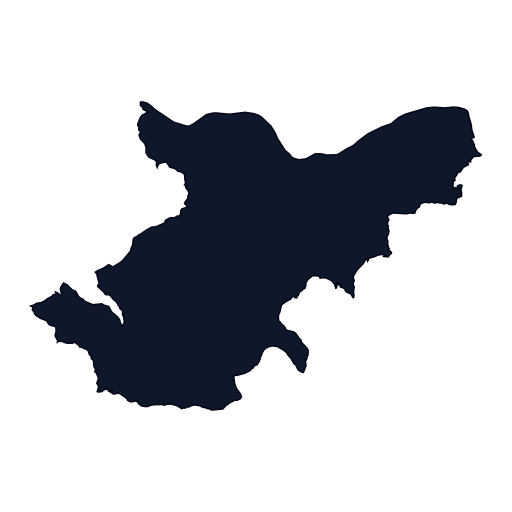 Vetel, Hunedoara, Romania
{"feature_id": "2599482B75379563819693", "entity_name": "Vetel", "entity_type": "district", "adm_level": 2, "iso_a3": "ROU", "parent_name": "Romania", "parent_adm1": "Hunedoara", "projection": "equal_earth", "projection_center": [22.747, 45.868], "detail": "fine", "context": "isolated", "style": "filled", "palette": "ink", "viewbox_px": 512, "rotation_deg": 0, "n_neighbors": 0, "source": "geoboundaries", "source_scale": "gbopen_adm2", "svg_char_len": 6058}
<svg xmlns="http://www.w3.org/2000/svg" viewBox="0 0 512 512"><path d="M57.4,342.2L58.6,341.4L61.4,341.2L66.3,343.1L72.2,343.3L75.4,342.0L75.2,342.6L78.5,345.1L80.1,347.3L81.6,347.2L87.9,350.2L89.3,354.2L91.5,357.2L91.2,358.6L92.6,359.6L93.6,361.0L93.7,365.2L94.2,367.0L95.6,369.5L94.7,371.7L96.4,373.0L98.3,377.9L98.4,378.9L96.8,383.2L98.7,386.4L97.2,391.6L98.0,392.0L101.6,391.7L105.5,388.9L109.8,390.6L111.2,390.7L111.7,390.0L112.6,390.2L111.9,391.1L109.4,391.5L113.5,394.1L118.5,393.1L119.6,393.5L126.7,398.4L127.5,400.2L129.8,401.6L131.2,401.9L136.4,400.9L138.5,403.0L138.7,403.8L141.4,405.9L145.5,406.6L147.9,406.5L150.3,405.3L154.3,404.7L162.2,404.5L164.5,405.3L166.4,404.3L170.8,404.0L177.1,405.7L181.7,408.7L183.3,407.9L184.7,408.2L187.7,406.8L188.7,407.1L190.7,405.9L194.5,404.9L199.6,405.7L203.6,407.6L205.7,407.2L206.2,408.3L210.0,409.1L211.8,410.1L222.8,409.0L225.9,405.6L230.5,402.3L232.9,401.4L234.3,400.2L236.9,400.4L240.5,398.6L241.5,396.8L240.2,393.6L236.3,388.2L234.6,383.3L233.6,375.5L234.5,375.9L235.1,375.3L237.2,375.3L244.4,373.4L250.4,370.4L251.1,369.1L253.1,368.0L253.1,367.4L255.0,365.4L257.0,364.8L259.5,360.9L259.1,360.3L260.1,359.3L260.1,357.9L261.8,354.4L262.0,353.2L264.3,349.4L267.6,347.2L271.8,345.9L277.1,346.4L283.8,350.3L286.9,352.9L287.9,355.0L290.9,358.2L293.9,363.6L296.2,365.5L297.6,369.1L298.5,370.1L300.8,371.7L303.2,372.5L303.5,372.2L305.9,366.0L305.9,363.3L305.2,362.1L307.0,358.3L306.9,357.3L308.2,354.5L307.8,353.7L308.2,352.3L308.0,349.7L306.9,348.6L306.9,347.8L305.5,347.0L305.2,346.1L302.1,343.1L301.2,341.5L301.0,339.9L299.5,338.8L295.6,333.2L293.4,331.8L286.8,330.3L286.0,329.3L285.0,328.9L285.4,327.9L284.2,326.3L280.9,323.4L280.4,322.1L278.6,320.9L278.4,315.3L280.0,311.6L281.2,305.9L282.0,304.5L285.6,301.8L290.4,299.3L292.9,296.3L293.8,295.8L294.3,295.9L294.1,296.4L294.9,297.8L295.7,297.5L296.8,297.8L296.7,296.7L298.1,295.6L299.4,292.3L302.6,289.9L303.7,288.4L304.7,288.6L305.8,285.7L305.9,282.8L308.0,279.4L312.7,275.7L318.4,276.0L319.8,276.8L319.7,278.4L319.9,277.7L320.4,278.2L322.5,277.7L326.1,277.9L331.6,280.7L334.4,284.0L335.8,288.2L336.5,287.9L337.0,283.4L337.7,284.6L338.2,284.4L337.9,283.5L338.2,283.4L338.6,284.3L338.9,283.8L339.3,284.3L340.7,287.1L344.6,288.5L345.5,290.9L346.9,292.2L350.8,293.8L352.9,297.5L353.4,297.7L353.6,296.6L354.0,296.3L353.5,292.2L354.2,286.5L353.3,285.3L353.2,283.0L354.2,280.8L353.4,278.1L353.5,275.9L357.3,269.7L363.3,263.5L365.1,260.3L366.6,258.9L367.2,260.0L367.7,260.0L367.7,260.9L368.4,259.9L368.2,259.3L369.3,258.2L374.7,256.6L377.5,255.2L382.8,254.3L384.3,254.8L384.3,255.4L383.3,256.1L383.7,256.5L388.3,256.9L389.5,254.9L391.4,253.3L391.5,252.7L389.9,250.7L388.5,249.9L389.2,248.7L388.0,246.5L388.2,245.6L387.6,244.7L387.9,241.3L387.0,239.4L387.1,236.5L388.6,233.6L388.6,231.6L389.0,231.1L388.1,228.1L388.4,226.1L387.4,224.5L387.7,223.1L387.1,222.1L388.2,221.2L388.9,219.5L388.0,218.7L388.0,217.8L387.3,216.5L388.0,215.7L390.6,213.9L393.2,213.0L406.7,213.8L409.2,213.1L414.7,213.2L415.7,210.3L417.4,208.2L419.4,206.9L420.3,203.9L423.6,202.6L425.9,202.2L429.1,202.9L430.3,202.2L432.1,202.1L435.1,203.2L436.6,202.1L438.7,202.9L441.6,203.0L443.8,204.0L447.2,203.1L448.9,204.3L452.4,204.8L455.1,204.5L456.1,202.5L456.6,198.3L461.5,196.3L461.6,192.9L461.0,189.2L462.0,186.0L461.9,185.3L461.3,185.0L459.7,184.9L457.5,185.9L457.4,188.4L455.6,187.7L454.2,188.2L453.0,186.5L452.9,185.6L453.3,181.4L455.0,180.3L454.6,177.6L456.8,175.0L457.3,172.9L460.5,171.7L463.3,167.3L468.3,164.8L468.5,163.8L467.0,163.2L467.1,162.4L468.2,161.8L470.7,161.8L470.4,160.6L473.4,156.6L479.9,156.1L481.3,154.7L477.6,152.1L475.5,148.9L474.4,146.4L474.5,145.2L472.9,141.3L470.9,138.7L474.2,137.2L471.8,129.9L471.1,124.1L468.7,116.0L468.3,113.3L467.4,111.0L464.4,109.1L458.3,107.4L453.4,107.1L444.8,107.9L434.2,107.2L427.1,107.8L405.6,114.1L398.8,117.4L391.4,123.6L381.1,127.3L367.9,133.9L358.9,140.6L353.5,145.4L346.4,149.0L338.3,154.2L336.0,154.8L326.3,155.0L321.7,153.9L315.4,153.7L306.1,158.8L299.2,159.8L293.8,158.3L291.7,157.0L289.3,154.0L285.1,150.4L277.6,138.7L275.1,132.9L270.9,126.0L261.5,117.1L258.3,115.1L253.6,113.6L245.2,112.3L229.5,114.2L215.4,112.9L212.3,113.2L206.5,114.6L193.7,123.7L189.1,126.1L186.7,126.1L173.7,122.2L154.6,109.3L151.6,106.4L147.2,103.2L142.9,101.9L140.5,102.1L140.3,105.0L141.4,106.5L142.6,107.1L143.1,109.3L148.0,112.0L142.5,115.0L141.1,116.4L139.8,118.7L137.7,124.4L137.9,125.8L139.0,127.2L138.7,130.0L140.1,131.0L140.6,134.0L139.3,134.0L139.1,135.1L140.4,139.0L144.8,143.6L146.1,147.7L146.0,152.8L148.7,157.0L155.4,160.2L156.4,161.7L156.9,161.6L156.3,164.8L157.2,167.4L158.0,165.3L159.3,163.6L163.5,162.3L166.4,162.1L169.9,167.3L174.3,168.3L176.8,169.9L177.6,171.2L180.8,171.8L184.5,174.2L184.9,179.9L185.6,182.8L184.5,185.1L185.7,185.3L185.7,187.4L188.9,192.0L188.7,194.2L187.8,196.3L188.0,198.1L185.3,201.6L184.6,203.6L187.8,206.9L181.7,209.0L180.6,211.1L180.8,212.5L180.4,214.3L179.3,215.9L177.1,216.1L174.3,217.9L171.1,217.6L168.7,218.4L165.5,220.4L165.0,221.1L165.5,222.3L165.3,222.6L155.9,226.8L152.0,227.0L146.6,229.9L140.6,234.1L138.2,235.2L137.5,236.2L134.2,237.7L133.2,239.4L132.7,244.8L131.0,248.6L130.6,251.0L122.5,260.7L120.3,262.4L113.0,267.0L108.6,264.6L103.6,268.1L97.7,270.6L95.3,272.2L96.7,273.8L99.1,283.5L97.8,285.5L97.7,286.5L103.6,291.9L105.3,294.3L106.1,294.8L108.4,294.6L110.4,295.7L113.2,299.3L116.3,301.9L118.2,304.8L118.3,305.7L119.5,306.6L119.9,308.7L122.6,310.7L122.5,314.6L123.7,317.3L124.3,322.2L123.6,323.9L122.1,326.2L120.5,323.2L119.5,319.5L117.1,316.5L111.6,311.9L108.8,306.5L103.8,305.1L101.8,303.8L92.8,304.7L85.9,301.8L84.2,300.8L83.1,299.3L80.8,298.3L78.6,296.6L75.6,291.2L71.8,289.6L67.2,284.8L63.5,283.0L61.3,286.3L60.3,288.7L61.7,295.0L61.3,296.3L58.2,293.2L55.5,292.0L56.0,293.9L55.6,294.4L53.1,294.7L51.9,296.4L47.8,298.5L44.5,301.0L41.0,302.7L36.5,303.3L34.2,304.9L30.7,306.0L32.7,307.1L32.8,308.4L32.3,309.8L34.0,312.0L35.3,314.9L40.4,318.3L46.8,320.8L48.7,324.2L50.7,325.4L54.5,326.2L55.8,327.1L56.1,331.1L55.1,335.9L57.6,340.5L57.4,342.2Z" fill="#0f172a" stroke="#020617" stroke-width="1.5"/></svg>